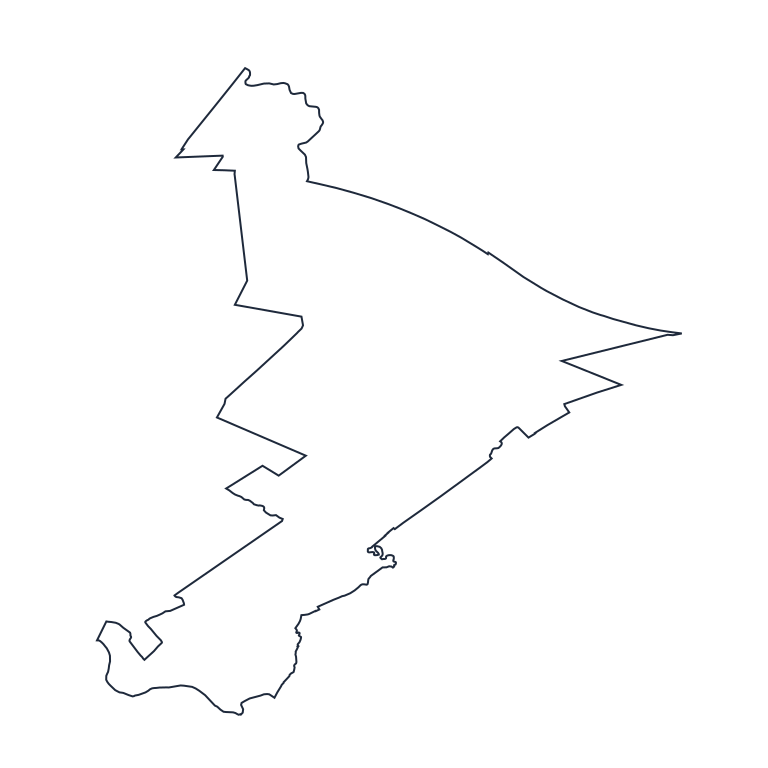 Ciorogarla, Giurgiu, Romania (Robinson projection), rotated 357°
{"feature_id": "2599482B38423269325251", "entity_name": "Ciorogarla", "entity_type": "district", "adm_level": 2, "iso_a3": "ROU", "parent_name": "Romania", "parent_adm1": "Giurgiu", "projection": "robinson", "projection_center": [25.874, 44.434], "detail": "fine", "context": "isolated", "style": "outline", "palette": "slate", "viewbox_px": 768, "rotation_deg": 357, "n_neighbors": 0, "source": "geoboundaries", "source_scale": "gbopen_adm2", "svg_char_len": 6095}
<svg xmlns="http://www.w3.org/2000/svg" viewBox="0 0 768 768"><g transform="rotate(357 384 384)"><path d="M223.8,706.6L225.7,704.8L226.3,701.4L224.5,697.0L225.1,695.0L228.6,693.2L233.4,691.0L244.4,688.7L247.8,687.6L251.1,687.5L253.2,687.9L258.2,691.6L261.3,686.4L265.3,680.6L266.1,679.1L268.1,677.2L268.2,676.5L268.9,675.9L274.2,670.8L274.6,669.4L276.3,668.0L277.6,667.5L278.7,666.8L279.5,664.1L279.9,662.3L279.5,660.9L279.6,660.3L280.2,659.4L281.6,658.4L282.0,657.0L281.9,651.8L281.4,649.5L281.8,647.9L281.8,646.6L283.5,643.7L284.2,642.3L283.9,641.7L284.8,641.2L284.1,640.1L284.3,639.3L286.1,637.4L287.3,635.0L287.9,632.9L287.8,632.2L286.0,631.0L285.8,630.6L286.5,629.3L286.7,628.4L285.9,627.7L284.3,628.1L283.7,628.0L283.4,627.7L283.4,627.4L284.1,626.0L283.9,624.9L282.7,623.2L286.0,619.1L286.8,617.8L287.7,616.3L288.5,614.3L289.4,610.5L292.7,610.4L295.9,610.1L297.3,609.7L303.7,607.0L303.9,607.3L307.6,605.8L306.2,603.0L322.1,596.9L327.8,595.0L331.1,593.7L333.6,593.3L339.3,591.2L343.9,588.6L347.7,585.8L350.2,583.6L351.2,583.1L352.3,582.9L353.6,583.0L356.2,583.5L356.7,583.3L357.1,583.0L357.6,581.4L358.0,578.9L358.4,577.7L359.8,576.3L360.8,575.0L372.9,567.1L376.9,567.2L379.6,566.3L382.0,566.7L383.3,567.8L384.6,566.8L384.5,566.0L384.8,565.2L385.6,565.1L386.1,564.8L386.3,564.2L386.6,563.4L386.5,562.7L386.2,562.4L384.3,561.7L384.0,561.1L384.2,560.1L384.6,559.3L384.7,557.9L384.7,557.1L384.4,556.4L383.5,555.8L382.2,555.3L381.4,555.2L379.6,555.2L378.1,555.6L377.1,556.3L376.9,558.1L376.4,558.6L375.3,558.8L374.6,558.7L372.8,558.9L371.5,557.7L371.3,557.0L373.3,555.2L373.7,554.1L373.8,552.9L373.4,550.4L373.4,549.6L372.7,547.9L371.2,546.4L368.7,545.6L367.2,545.6L366.6,546.0L366.4,546.7L366.5,548.3L367.0,549.9L369.3,552.4L369.9,553.6L369.9,554.1L368.2,554.5L366.5,554.5L365.5,554.4L365.2,554.1L365.0,553.3L365.4,552.6L365.3,551.8L364.9,551.5L363.7,551.2L360.4,551.4L359.5,551.1L359.1,550.5L359.2,548.5L359.3,547.9L359.9,547.4L361.5,547.2L363.1,546.6L363.6,546.2L363.6,545.9L377.3,535.7L377.0,535.4L380.3,532.9L380.1,532.7L386.0,528.4L387.2,529.5L396.0,523.6L414.0,512.3L434.6,499.2L477.0,471.5L483.3,467.3L487.6,464.0L486.1,462.3L486.0,461.7L486.0,460.8L486.1,460.3L486.5,459.8L487.1,459.4L487.5,458.7L488.6,455.9L489.8,454.5L490.3,454.3L491.0,454.1L493.5,454.1L494.3,454.0L494.9,453.9L495.9,453.2L497.0,452.2L497.8,451.3L498.4,450.1L498.5,449.3L498.3,448.6L497.9,448.0L497.0,447.3L501.4,443.5L505.6,440.3L511.3,435.8L513.8,434.4L514.7,434.1L515.9,434.5L517.2,435.9L525.5,445.1L531.6,441.8L532.5,441.2L532.2,440.8L532.7,440.5L545.1,433.6L567.5,422.1L563.5,415.7L563.0,413.5L596.3,403.7L620.9,397.3L562.7,370.3L669.8,349.7L675.1,350.4L684.0,349.1L674.5,347.4L663.1,345.1L651.3,342.2L638.8,338.6L616.3,331.1L606.8,327.4L604.0,326.5L596.1,323.4L582.9,317.4L567.3,309.1L564.2,307.3L551.3,299.7L545.9,296.2L528.8,284.4L509.7,269.3L495.1,258.2L494.5,259.8L489.5,256.1L484.5,252.6L468.6,241.8L458.4,235.5L442.2,226.3L433.7,221.6L420.9,215.2L409.1,209.6L398.1,204.7L381.3,197.8L363.6,191.4L347.1,185.9L330.3,181.0L317.7,177.5L318.8,175.6L319.3,174.1L319.4,173.0L319.1,168.2L318.8,165.4L317.9,159.3L318.0,153.3L317.0,150.8L313.0,146.6L311.0,144.3L310.7,142.2L311.0,141.0L311.5,140.4L314.0,139.7L318.9,138.8L320.6,137.8L332.1,128.2L332.9,127.3L333.4,126.1L334.0,124.1L334.4,123.3L335.1,122.6L336.2,121.1L336.8,120.0L336.9,119.1L336.6,118.0L336.3,117.2L335.6,116.3L333.9,113.6L333.6,112.5L333.4,109.9L333.5,106.8L332.9,105.2L332.3,104.5L331.4,103.9L330.2,103.6L324.2,102.7L323.5,102.4L322.3,101.6L321.0,99.8L320.4,94.9L320.5,92.3L320.4,91.5L320.1,90.6L319.7,90.0L318.5,89.1L316.5,88.9L310.9,89.6L309.5,89.7L308.2,89.5L306.4,88.6L305.1,85.3L304.7,82.0L304.2,80.7L303.4,79.6L300.9,78.5L299.3,78.1L296.6,78.2L293.1,78.9L289.6,79.1L285.2,77.8L280.1,77.7L279.2,77.8L273.2,78.9L269.6,79.3L267.3,79.3L265.3,78.9L263.8,78.5L262.0,77.5L261.7,77.3L261.5,76.9L261.4,75.5L261.5,74.3L262.0,73.6L264.4,71.6L265.2,70.8L265.5,69.6L266.2,68.9L266.4,68.2L266.5,66.3L266.4,65.4L266.1,64.5L265.7,63.8L264.2,62.7L261.8,61.3L249.0,75.9L229.4,97.9L203.2,127.1L201.1,129.4L194.5,138.5L195.2,138.9L194.9,139.1L196.0,139.2L187.9,146.9L234.8,147.5L234.9,148.6L225.3,161.4L235.8,162.2L246.2,163.2L245.7,166.8L245.8,167.4L252.8,273.6L239.2,297.1L305.1,312.4L306.2,321.2L304.6,324.3L300.9,327.5L299.8,328.6L286.2,340.4L257.5,364.1L245.0,374.1L230.0,386.4L225.0,390.4L223.7,395.5L215.4,408.7L302.2,451.5L274.0,470.0L258.4,459.3L220.9,480.1L223.9,482.1L227.1,484.9L229.5,486.6L232.3,487.9L233.8,488.4L235.7,489.4L238.4,492.0L240.1,492.5L242.3,492.7L244.0,493.6L246.8,496.0L247.8,497.3L250.7,498.4L252.7,498.9L253.5,498.7L255.9,499.3L257.1,499.9L257.8,500.8L257.9,501.7L257.4,503.8L259.4,506.2L263.7,509.2L265.9,509.5L269.3,509.3L272.6,512.0L275.8,513.5L275.0,515.5L167.7,581.6L163.7,584.2L163.9,584.6L164.8,585.5L165.6,585.9L167.9,586.3L170.6,587.3L171.6,589.0L172.7,592.5L172.8,594.0L158.6,599.4L153.8,599.6L150.8,601.4L147.9,602.6L145.0,603.7L141.6,604.5L138.3,605.7L137.5,606.1L136.3,607.1L135.3,607.4L133.7,608.4L133.1,609.2L133.2,609.7L135.7,613.4L138.4,616.5L143.7,623.7L147.8,628.3L148.7,630.1L148.7,630.6L148.3,631.1L144.5,634.3L140.3,638.7L130.3,646.9L129.2,645.7L128.1,643.9L126.6,642.3L126.2,641.7L124.2,639.1L116.5,627.7L116.4,626.9L116.6,626.4L116.8,625.8L117.9,624.3L118.2,623.6L118.1,622.9L117.8,622.4L117.6,621.7L117.7,620.3L117.4,619.0L110.9,613.8L107.4,610.4L106.4,609.7L103.6,608.4L99.1,607.4L96.2,607.0L94.3,606.6L84.0,625.0L85.7,625.1L87.1,625.9L88.7,627.4L90.3,629.2L91.6,631.1L93.3,633.4L95.3,637.7L96.1,641.0L95.9,646.7L94.8,650.4L94.2,653.8L93.4,657.0L92.2,659.2L91.4,660.9L91.1,664.8L92.1,667.0L93.4,669.0L94.8,670.6L99.5,675.6L101.8,677.0L103.7,678.1L106.4,678.6L107.6,678.9L112.7,681.3L116.6,682.8L118.0,682.6L119.0,682.1L122.7,681.6L129.7,679.5L132.7,677.9L134.4,676.6L136.5,675.8L138.5,675.6L140.7,675.6L143.9,675.4L151.1,675.6L153.2,675.8L165.1,674.4L168.4,674.8L176.5,676.4L180.0,678.2L183.5,680.7L189.1,685.4L198.3,696.3L200.6,697.5L203.6,700.6L206.6,702.9L209.0,703.3L216.1,704.0L218.4,704.8L220.4,706.1L221.6,706.7L223.5,706.2L223.8,706.6Z" fill="none" stroke="#1e293b" stroke-width="2"/></g></svg>